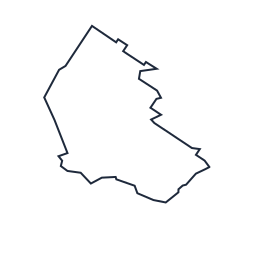 outline of Houston, Georgia, United States of America, rotated 123°
{"feature_id": "52423323B77301677546926", "entity_name": "Houston", "entity_type": "district", "adm_level": 2, "iso_a3": "USA", "parent_name": "United States of America", "parent_adm1": "Georgia", "projection": "albers", "projection_center": [-83.676, 32.487], "detail": "fine", "context": "isolated", "style": "outline", "palette": "slate", "viewbox_px": 256, "rotation_deg": 123, "n_neighbors": 0, "source": "geoboundaries", "source_scale": "gbopen_adm2", "svg_char_len": 743}
<svg xmlns="http://www.w3.org/2000/svg" viewBox="0 0 256 256"><g transform="rotate(123 128 128)"><path d="M154.5,50.7L151.9,52.3L146.5,50.8L143.9,48.4L137.8,47.5L129.3,46.2L120.5,40.8L116.5,38.5L116.4,38.5L113.6,46.0L113.5,56.4L106.6,56.3L110.0,63.5L109.8,80.6L109.5,108.6L108.3,113.2L98.9,107.5L98.8,120.2L88.1,120.0L84.7,116.8L80.8,124.0L80.8,145.6L73.6,148.7L62.7,136.2L62.9,148.9L66.4,149.0L66.3,168.8L66.2,173.9L59.0,173.8L59.0,184.6L62.6,184.6L62.0,213.8L110.0,214.2L116.7,217.5L148.0,214.9L161.3,194.0L182.0,165.1L189.5,170.9L191.3,165.4L196.5,163.6L197.0,155.4L191.3,143.3L194.8,128.9L183.9,122.9L175.8,111.7L177.4,109.8L172.8,91.0L177.6,84.6L174.6,67.5L169.9,55.8L154.5,50.7Z" fill="none" stroke="#1e293b" stroke-width="2"/></g></svg>